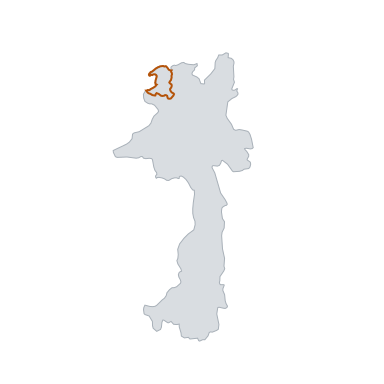 location of Bokeo within Laos, rotated 41°
{"feature_id": "LAO-3271", "entity_name": "Bokeo", "entity_type": "Province", "adm_level": 1, "iso_a3": "LAO", "parent_name": "Laos", "parent_adm1": "", "projection": "orthographic", "projection_center": [100.56, 20.309], "detail": "fine", "context": "in_parent", "style": "outline", "palette": "amber", "viewbox_px": 384, "rotation_deg": 41, "n_neighbors": 0, "source": "natural_earth", "source_scale": "10m", "svg_char_len": 5269}
<svg xmlns="http://www.w3.org/2000/svg" viewBox="0 0 384 384"><g transform="rotate(41 192 192)"><path d="M139.1,67.1L140.7,70.0L148.1,77.6L149.4,79.7L152.0,81.3L154.4,88.2L155.3,88.6L156.5,88.1L157.4,87.1L158.1,84.5L158.6,84.2L159.5,86.4L161.5,87.0L162.5,87.9L162.7,89.6L162.5,91.3L160.8,95.3L159.9,100.5L167.2,111.8L170.2,113.3L177.4,115.0L182.3,117.4L184.5,116.8L186.6,113.9L189.2,112.3L193.9,109.8L195.3,109.6L198.0,110.5L202.4,113.2L209.1,118.4L208.9,119.8L207.8,121.2L204.3,123.3L203.2,124.7L203.9,125.2L206.8,125.5L210.3,126.6L211.4,127.9L212.1,131.1L212.7,131.6L216.0,131.2L217.0,131.6L218.1,132.6L219.4,135.2L219.4,137.1L216.3,140.7L215.9,142.7L214.3,145.2L210.0,149.5L208.8,149.7L200.6,147.7L194.2,148.1L193.7,149.0L194.8,151.5L195.2,153.9L194.2,155.8L190.5,158.3L190.4,159.4L191.2,160.5L196.6,162.6L214.3,174.0L222.2,176.1L225.8,177.5L226.7,178.3L226.7,179.4L225.8,180.7L225.1,183.1L225.1,184.5L225.9,185.8L227.4,187.8L232.4,192.1L236.0,193.1L239.9,198.1L241.1,202.6L243.0,205.5L252.3,214.9L260.1,220.7L264.8,227.0L267.0,228.4L267.8,230.7L268.6,237.5L271.3,240.8L271.9,242.2L273.1,243.1L274.3,243.3L276.9,241.0L277.5,241.3L278.8,244.8L279.9,246.1L284.0,248.1L288.4,252.3L290.8,253.8L293.7,254.9L294.1,256.2L293.7,257.7L292.8,258.6L287.9,261.3L287.3,262.4L290.7,267.8L299.2,274.3L301.9,278.3L301.4,280.3L299.3,284.4L297.6,285.6L297.2,286.8L298.5,290.1L298.6,295.1L297.0,296.4L295.6,299.5L294.6,299.8L292.1,298.7L286.9,304.3L284.6,304.1L282.0,307.1L278.5,307.7L276.1,305.5L270.9,302.2L269.0,300.1L267.5,302.0L264.9,303.9L261.1,303.4L260.1,306.1L259.4,306.6L254.8,307.2L254.0,307.7L254.8,310.1L257.6,314.1L258.4,316.4L256.8,320.3L252.1,320.3L249.9,318.8L247.1,315.7L241.0,313.7L237.0,315.3L235.7,315.3L232.6,312.6L231.5,310.9L230.7,308.3L235.3,306.0L237.6,304.3L239.1,302.5L239.7,300.7L240.3,293.0L240.9,290.3L240.5,287.0L239.2,284.5L239.1,280.6L239.7,277.4L241.4,275.8L242.6,273.5L243.2,268.4L242.6,267.1L240.8,265.9L237.9,264.8L236.0,263.4L235.2,261.6L235.3,260.0L236.1,258.6L233.9,257.2L228.6,255.6L225.6,253.7L224.9,251.4L222.7,248.3L218.8,244.6L216.7,239.2L216.3,232.1L216.7,226.2L218.2,219.4L215.8,214.6L213.4,212.1L210.0,210.3L206.7,207.7L203.6,204.2L199.9,199.1L195.5,192.2L192.6,189.2L191.2,190.0L188.1,189.4L183.4,187.5L179.3,186.5L175.8,186.4L173.6,186.9L172.6,187.9L172.5,189.0L173.4,190.0L172.9,190.8L171.1,191.4L169.7,192.6L168.0,195.1L166.9,198.5L165.2,199.8L162.6,200.1L160.0,201.1L157.4,202.7L156.2,204.0L156.3,204.8L155.8,205.0L154.5,204.5L153.9,203.4L153.9,201.7L152.6,200.6L149.9,200.0L146.8,198.2L140.9,193.5L139.6,193.3L137.7,194.5L135.2,197.2L133.1,198.3L131.5,197.8L130.2,198.7L129.3,201.2L127.7,203.1L119.9,208.3L112.8,215.0L111.0,215.6L106.7,213.7L105.3,212.4L111.2,198.8L112.0,195.5L111.8,191.1L109.3,187.5L109.2,186.5L109.6,185.3L112.6,181.1L116.0,170.2L115.8,166.9L114.3,163.2L113.5,159.6L114.1,154.8L113.8,153.0L112.2,152.0L106.8,151.1L103.7,151.9L102.3,153.2L100.5,154.0L97.1,154.5L93.9,152.8L91.2,150.1L90.6,146.7L93.9,139.4L94.8,136.6L94.7,135.3L94.1,133.9L93.3,133.7L91.6,132.0L89.9,129.0L88.4,127.6L86.9,127.9L85.5,129.0L83.3,131.9L82.6,131.5L84.6,121.5L86.4,117.2L88.6,115.2L90.9,114.4L93.3,114.7L95.4,114.3L97.0,113.3L96.9,112.7L94.9,112.5L94.2,111.4L94.6,109.3L95.4,107.9L96.8,107.2L98.0,105.1L99.3,101.4L100.8,99.6L102.6,99.5L105.6,97.9L109.9,94.8L111.5,91.8L113.2,93.2L112.6,96.7L113.4,97.4L113.8,98.6L113.6,100.6L114.0,102.2L114.7,103.0L115.6,103.4L120.2,102.0L123.0,101.9L127.6,104.4L130.3,102.5L130.3,101.8L128.0,99.4L128.7,90.6L128.3,83.9L124.5,79.0L123.7,77.0L123.3,73.8L122.3,71.0L124.9,68.8L126.3,64.7L128.2,63.7L128.8,63.8L131.1,66.9L134.0,65.3L136.2,65.3L138.1,66.1L139.1,67.1Z" fill="#d9dde1" stroke="#a8b0b8" stroke-width="1"/><path d="M93.9,114.9L94.6,114.9L95.5,114.6L96.3,114.1L96.6,113.9L96.6,114.0L97.4,115.0L98.7,115.4L99.7,116.3L100.2,117.6L100.7,118.2L101.3,118.7L101.7,119.3L102.0,120.0L102.7,121.3L102.7,122.6L103.0,124.2L103.9,124.5L106.0,124.3L106.8,124.9L107.4,125.8L107.8,126.9L107.8,127.9L107.9,128.7L109.0,129.6L109.6,129.8L111.3,130.2L113.3,129.7L114.2,129.9L114.4,130.6L114.7,131.3L114.7,131.8L114.7,135.2L114.3,135.9L113.6,136.6L112.7,137.1L111.8,136.9L110.1,135.7L109.0,135.9L108.1,136.5L107.8,137.6L107.2,138.3L106.6,139.0L105.9,139.4L105.3,139.7L102.7,139.8L100.4,140.6L100.4,141.9L101.0,143.2L100.6,143.6L98.6,144.8L98.3,144.9L98.0,145.0L97.6,144.9L97.3,144.9L97.0,145.1L96.4,145.3L95.8,145.3L94.9,145.8L94.0,146.0L93.0,146.0L91.8,145.7L90.9,145.5L91.3,145.1L91.6,144.2L91.8,143.9L92.0,143.8L92.5,143.6L92.8,143.4L93.1,142.9L93.2,142.4L93.3,141.4L94.1,139.5L94.8,137.3L95.0,136.1L94.9,134.5L94.9,134.2L94.7,134.3L94.6,134.7L94.4,134.8L93.9,134.6L93.4,134.3L93.2,134.1L93.1,133.9L92.6,133.7L92.4,133.5L92.3,133.4L92.2,133.0L92.0,132.7L91.3,131.7L89.7,128.1L89.1,127.5L88.0,127.2L87.0,127.4L86.2,128.0L85.6,128.7L85.3,129.8L85.2,129.9L84.4,130.1L84.1,130.4L84.1,131.6L83.7,132.1L83.2,132.1L82.6,131.8L82.3,131.3L82.1,130.7L82.2,129.7L82.1,129.2L82.1,128.8L82.2,128.3L82.5,128.0L82.8,127.5L82.9,127.0L83.0,126.3L83.2,125.4L83.6,122.7L83.9,121.7L84.3,120.9L84.3,120.5L84.5,120.0L85.1,119.1L85.2,118.7L85.4,118.2L85.7,117.8L86.4,117.1L87.2,116.2L87.6,115.8L88.7,115.5L89.1,115.1L89.3,114.6L89.7,114.2L90.2,114.1L92.7,114.5L93.9,114.9Z" fill="none" stroke="#b45309" stroke-width="2"/></g></svg>